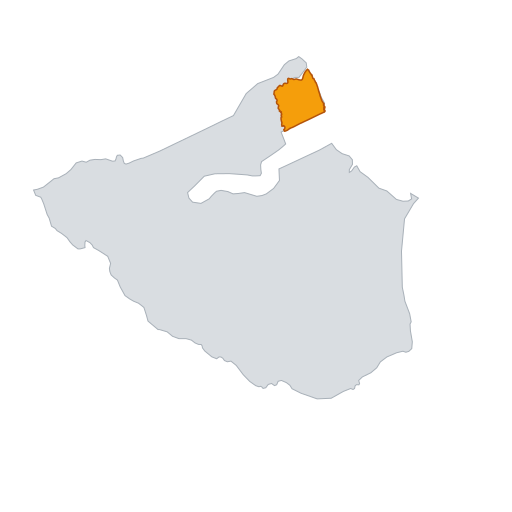 location of Bignona, Ziguinchor, Senegal, rotated 154°
{"feature_id": "50182788B19391387689457", "entity_name": "Bignona", "entity_type": "district", "adm_level": 2, "iso_a3": "SEN", "parent_name": "Senegal", "parent_adm1": "Ziguinchor", "projection": "equal_earth", "projection_center": [-16.329, 12.862], "detail": "fine", "context": "in_parent", "style": "filled", "palette": "amber", "viewbox_px": 512, "rotation_deg": 154, "n_neighbors": 0, "source": "geoboundaries", "source_scale": "gbopen_adm2", "svg_char_len": 7957}
<svg xmlns="http://www.w3.org/2000/svg" viewBox="0 0 512 512"><g transform="rotate(154 256 256)"><path d="M376.3,232.8L381.6,244.8L380.5,250.5L379.3,258.9L382.3,265.1L385.8,269.0L388.3,272.7L391.1,277.8L391.6,287.8L391.1,295.1L392.9,298.4L394.5,302.5L394.2,306.0L393.2,309.1L389.9,313.1L389.4,320.7L394.9,329.8L398.4,334.8L398.4,337.6L399.4,340.8L402.0,344.4L403.5,343.6L405.2,340.6L406.0,338.5L410.7,339.4L412.9,340.4L415.9,346.3L417.0,350.3L417.8,355.3L420.9,361.6L423.7,366.0L424.3,368.7L426.7,372.4L425.3,380.7L425.5,384.9L423.9,396.0L423.6,401.2L423.7,403.2L427.4,407.1L427.0,412.8L423.3,411.8L416.8,411.1L403.7,414.0L399.2,412.8L390.6,413.2L384.5,414.8L376.8,418.5L370.8,417.6L367.5,414.7L363.2,414.9L358.4,413.4L353.2,410.6L348.5,409.2L343.4,404.1L341.0,403.2L339.4,404.5L338.0,406.2L336.5,407.3L333.8,406.3L332.7,402.9L333.6,399.5L333.8,396.9L332.5,395.6L329.4,395.1L324.4,395.1L316.4,394.1L314.5,393.4L296.5,392.5L277.8,392.4L261.9,392.3L241.9,392.2L227.9,392.2L214.7,392.1L204.6,398.9L193.6,406.3L178.9,410.2L161.9,408.8L156.5,409.8L150.8,413.1L146.7,415.5L140.9,416.9L133.3,415.8L130.2,416.5L128.3,413.1L126.2,407.6L127.5,403.6L132.1,401.1L139.1,397.7L142.7,399.4L144.8,399.5L145.2,397.4L144.6,396.2L139.3,393.3L136.6,389.4L134.4,391.7L132.4,396.4L130.8,397.8L128.4,399.2L127.1,395.9L126.5,392.8L127.6,390.4L127.1,376.8L127.7,369.6L127.4,363.3L130.7,359.1L133.8,356.5L145.9,356.3L157.2,356.1L168.1,356.2L179.1,356.4L180.2,343.7L183.7,342.7L189.0,341.4L198.7,339.9L209.6,338.4L211.9,335.9L213.7,331.7L214.9,328.0L217.1,326.4L220.2,327.7L224.2,329.6L228.3,332.7L233.1,335.5L236.2,337.3L243.8,341.7L256.8,347.9L267.5,350.4L280.4,345.9L289.7,343.0L290.9,337.5L289.4,332.2L282.4,327.4L273.0,327.9L270.1,329.2L265.7,330.8L263.1,331.5L258.6,330.3L253.0,326.2L249.4,321.9L244.4,319.9L238.5,318.0L229.1,309.3L224.1,307.7L219.5,307.3L210.5,309.0L201.8,313.6L197.2,324.2L188.4,324.0L169.8,323.7L152.7,323.4L138.6,324.1L137.2,316.4L133.8,310.3L128.4,305.1L127.2,300.3L129.1,296.1L134.3,292.7L135.5,290.2L132.8,290.5L128.6,292.8L125.9,292.9L125.5,286.2L120.9,277.6L115.8,263.1L109.9,257.1L105.0,245.3L99.9,240.8L95.1,238.7L91.1,239.1L89.6,244.5L84.6,236.8L91.5,234.0L106.2,224.3L123.1,196.6L138.2,163.8L140.2,156.0L142.0,150.1L143.2,136.8L145.4,128.8L147.4,127.3L150.0,121.1L153.1,110.4L156.6,104.5L160.5,103.3L163.5,103.8L165.7,106.0L172.0,107.4L182.6,107.9L190.7,106.3L196.5,102.6L204.0,100.7L213.4,100.7L218.3,99.1L218.8,96.0L220.0,95.1L222.0,96.3L223.8,95.9L225.5,93.7L227.3,93.5L229.0,95.4L236.8,96.0L250.8,95.2L263.7,100.8L275.6,112.8L281.8,120.9L282.2,124.9L284.2,128.9L287.7,133.0L291.0,133.7L293.9,131.2L296.2,131.4L297.9,134.6L301.3,135.2L305.0,133.3L307.7,133.9L308.2,135.8L308.9,136.8L310.7,137.2L313.1,139.6L316.6,146.0L319.5,154.9L321.7,166.3L324.6,172.5L328.1,173.5L330.2,175.9L330.6,178.6L331.7,180.5L333.4,181.5L336.4,180.9L339.9,184.7L343.7,193.1L344.4,196.9L343.8,198.9L344.0,200.4L346.5,201.8L348.9,204.6L350.9,208.7L355.1,212.4L361.6,215.6L366.2,220.4L369.1,226.8L375.0,232.2L376.3,232.8Z" fill="#d9dde1" stroke="#a8b0b8" stroke-width="1"/><path d="M171.0,376.9L171.3,376.3L171.3,376.1L171.4,375.9L171.1,375.7L170.8,375.8L170.8,375.7L171.0,375.3L170.9,374.9L170.9,374.7L170.8,374.4L170.6,374.2L170.3,374.2L170.2,374.2L170.3,374.0L170.3,373.9L170.6,373.7L170.7,373.1L170.6,372.6L170.7,372.3L170.8,372.1L170.9,371.9L171.1,371.8L171.4,371.8L171.5,371.8L171.7,371.4L171.7,371.2L171.7,370.9L171.7,370.6L171.8,370.4L171.9,370.1L172.0,370.1L172.0,369.7L172.3,369.7L172.5,369.6L172.8,369.4L173.0,369.1L173.3,368.4L173.5,368.0L173.6,367.8L173.6,367.5L173.7,367.3L173.7,367.2L173.8,366.9L173.9,366.6L174.0,366.4L174.0,366.2L174.1,365.7L174.1,365.2L174.2,364.9L174.2,364.7L174.3,364.5L174.4,364.4L174.6,363.9L174.7,363.7L174.8,363.6L175.0,363.4L175.2,363.0L175.3,362.9L175.4,362.7L175.5,362.3L175.5,362.0L175.5,361.7L175.8,361.5L175.7,361.3L175.4,361.2L174.9,360.9L174.7,360.9L174.4,361.1L174.3,360.9L174.1,361.0L173.9,360.9L173.8,360.6L173.6,359.9L173.5,359.4L173.6,358.9L173.8,358.7L174.0,358.3L174.3,358.0L174.5,357.7L174.9,357.4L175.0,357.3L175.2,357.1L175.4,357.2L175.5,357.2L175.6,357.3L175.7,357.1L175.6,356.8L175.7,356.7L175.7,356.1L175.7,355.9L175.7,355.7L174.8,355.4L172.6,355.3L171.9,355.4L169.9,355.8L169.9,355.7L168.5,355.8L167.7,355.7L166.5,355.6L164.8,355.6L157.9,355.8L156.9,355.7L154.0,355.7L153.1,355.7L150.1,355.6L149.2,355.6L148.0,355.6L145.5,355.6L144.3,355.6L143.8,355.6L140.1,355.6L139.1,355.6L136.4,355.6L135.9,355.6L134.7,355.5L134.2,355.5L133.7,355.5L133.1,355.5L132.6,355.5L132.0,355.4L131.8,355.4L131.4,355.4L131.3,355.6L131.4,355.8L131.3,356.0L131.1,356.0L130.9,355.8L130.7,355.8L130.7,356.0L130.9,356.4L130.9,356.6L130.7,356.5L130.7,356.4L130.4,356.3L130.2,356.6L130.3,357.0L130.6,357.2L130.7,357.4L130.6,357.8L130.8,358.0L130.7,358.2L130.4,357.9L130.2,358.1L130.2,358.3L130.3,358.5L130.2,358.9L129.9,358.9L129.8,359.0L129.6,358.8L129.5,358.7L129.4,358.8L129.3,359.1L129.4,359.4L129.7,359.6L129.8,359.8L129.6,359.9L129.4,359.8L129.3,359.7L129.2,359.4L128.9,359.4L128.8,359.5L128.7,359.8L128.8,360.2L128.8,360.3L129.0,360.5L129.3,360.7L129.3,360.8L129.2,360.9L129.0,361.0L128.9,361.1L129.0,361.4L129.2,361.8L129.2,362.0L129.0,362.3L128.9,362.5L128.6,362.4L128.4,362.5L128.2,363.0L128.3,363.2L128.3,363.4L128.4,363.5L128.5,364.4L128.6,364.9L128.6,365.4L128.6,365.5L128.7,365.9L128.7,366.5L128.7,367.2L128.6,367.5L128.5,368.8L128.5,369.2L128.4,369.4L128.4,370.0L128.3,370.3L128.3,370.5L128.3,371.0L128.2,371.3L128.2,371.8L128.1,372.0L128.1,372.4L127.9,373.1L127.8,373.4L127.8,373.5L127.7,374.4L127.6,374.7L127.6,375.1L127.5,375.7L127.5,376.1L127.4,376.5L127.3,377.1L127.0,378.3L126.9,378.9L126.9,379.2L126.8,379.7L126.7,380.1L126.5,380.8L126.5,381.2L126.5,381.4L126.3,383.1L126.3,383.3L126.2,383.4L126.2,383.9L126.1,384.6L126.1,384.8L126.0,385.2L126.1,385.4L126.3,385.6L126.3,385.8L126.4,386.5L126.2,386.7L126.2,387.2L126.2,387.4L126.3,387.6L126.4,387.9L126.4,388.2L126.4,388.7L126.3,388.9L126.3,389.0L126.3,389.8L126.2,389.9L126.2,390.1L126.3,390.2L126.4,390.3L126.6,390.2L127.0,390.7L126.9,391.6L126.7,392.3L126.7,392.5L126.7,393.1L126.5,393.6L126.4,393.8L126.3,394.0L126.5,394.2L126.8,394.4L126.8,394.5L126.7,394.6L126.7,394.8L126.7,395.0L126.9,395.8L127.0,396.4L127.2,397.5L127.2,398.2L127.3,398.6L127.3,398.8L127.2,399.0L127.2,399.4L127.2,399.8L127.2,400.1L127.4,400.4L127.7,400.6L127.9,400.7L127.9,401.2L129.4,400.8L129.9,400.5L130.4,400.2L131.0,400.0L131.9,399.3L133.3,398.3L134.1,397.6L134.4,397.3L135.5,396.0L135.7,395.7L136.1,395.3L136.9,394.5L137.2,394.4L137.5,394.3L137.8,394.3L138.3,394.3L138.8,394.6L139.7,395.2L140.2,395.6L141.6,397.0L142.2,397.5L142.5,397.6L143.0,397.7L144.2,397.9L144.7,398.1L145.2,398.7L145.9,399.6L146.2,399.8L147.5,400.1L147.8,400.2L148.0,400.5L148.4,401.0L148.8,401.4L149.1,401.5L149.6,401.4L150.3,400.5L150.5,400.0L150.6,399.7L151.0,398.5L151.1,398.2L151.4,397.9L152.0,397.5L152.5,397.6L153.0,397.7L153.6,398.1L153.9,398.4L154.2,398.6L155.3,398.7L155.7,398.6L155.9,398.5L156.2,398.3L156.8,397.8L157.0,397.6L157.1,397.4L157.3,397.3L157.8,397.1L158.3,397.4L158.7,397.8L158.9,398.1L159.2,398.3L159.6,398.8L159.9,398.9L160.9,398.7L161.4,398.4L162.5,398.1L162.9,398.0L163.4,397.5L163.9,396.9L164.3,396.7L165.2,396.6L166.7,396.5L167.1,396.3L167.5,395.9L168.1,394.9L168.3,394.6L168.7,394.0L168.9,393.8L169.0,393.7L168.8,392.8L168.8,392.6L168.8,392.3L168.7,392.2L168.8,391.9L168.8,391.5L168.8,391.4L168.8,391.2L168.8,390.9L169.0,390.4L169.1,390.1L169.2,389.5L169.3,389.2L169.1,388.6L168.8,388.3L168.8,388.2L168.7,387.8L168.8,387.3L168.7,387.0L168.7,386.9L169.0,386.3L169.3,386.1L169.6,385.8L169.8,385.8L170.0,385.6L170.2,385.2L170.2,384.9L170.3,384.5L170.4,384.3L170.5,384.1L170.4,383.8L170.3,383.2L170.1,382.9L169.8,382.4L169.7,381.8L169.7,381.5L169.7,381.2L169.9,380.8L170.0,380.8L170.2,380.6L170.4,380.4L170.6,380.2L170.8,379.8L171.1,379.5L171.3,379.1L171.3,378.7L171.2,378.3L171.1,378.0L171.0,377.7L171.0,377.3L171.0,376.9Z" fill="#f59e0b" stroke="#b45309" stroke-width="1.5"/></g></svg>